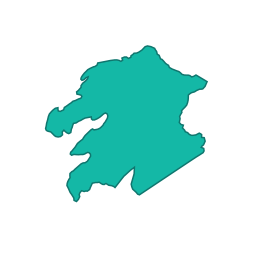 São João de Pirabas, Pará, Brazil (Equal Earth projection), rotated 226°
{"feature_id": "56859067B96544819367141", "entity_name": "São João de Pirabas", "entity_type": "district", "adm_level": 2, "iso_a3": "BRA", "parent_name": "Brazil", "parent_adm1": "Pará", "projection": "equal_earth", "projection_center": [-47.192, -0.774], "detail": "fine", "context": "isolated", "style": "filled", "palette": "teal", "viewbox_px": 256, "rotation_deg": 226, "n_neighbors": 0, "source": "geoboundaries", "source_scale": "gbopen_adm2", "svg_char_len": 3373}
<svg xmlns="http://www.w3.org/2000/svg" viewBox="0 0 256 256"><g transform="rotate(226 128 128)"><path d="M58.1,164.9L58.7,166.8L60.7,168.3L63.2,167.2L63.6,168.8L63.4,170.6L64.9,174.3L68.1,176.1L70.1,174.4L72.1,176.4L73.4,176.2L74.8,175.7L75.9,172.0L77.7,169.5L79.0,168.3L81.2,167.6L83.2,167.7L85.6,166.6L86.9,167.2L90.2,167.2L91.6,169.8L93.7,168.6L96.3,168.7L98.5,171.9L100.4,173.1L101.0,174.7L101.8,177.6L103.2,178.5L103.4,181.0L103.4,183.2L103.7,186.1L104.9,188.5L106.3,190.6L107.7,192.2L109.8,194.3L109.7,196.1L109.3,198.2L107.8,201.0L107.3,203.5L106.2,206.4L105.1,207.6L104.2,208.9L104.4,212.3L105.1,214.0L106.4,217.1L112.7,215.4L118.9,213.7L119.5,211.2L120.5,209.3L122.8,208.9L124.1,208.1L125.9,206.3L127.1,205.2L129.2,204.1L131.2,204.1L133.3,203.8L135.4,202.7L139.8,200.7L142.8,199.8L145.0,200.7L146.2,200.3L148.3,199.9L151.5,200.1L153.8,200.1L155.1,199.4L158.6,200.9L160.8,200.3L163.1,201.7L165.2,202.0L166.8,202.5L170.6,201.0L173.5,199.0L174.6,196.8L174.4,192.1L175.1,188.3L176.0,186.1L177.6,184.3L177.5,182.6L177.9,180.4L176.9,179.1L177.7,176.7L180.1,176.2L181.5,174.8L182.5,172.2L180.5,171.2L180.9,169.2L182.7,168.6L184.7,167.3L186.2,165.7L188.8,162.2L195.8,151.4L194.8,149.6L195.1,147.2L196.0,145.6L196.6,143.9L197.3,141.9L197.9,139.5L197.8,137.4L197.8,134.8L197.4,131.8L196.8,129.5L195.9,128.0L194.3,128.0L193.4,129.7L193.3,132.7L192.5,134.9L191.5,133.1L191.3,129.8L191.7,126.6L191.1,123.7L189.8,122.3L189.7,120.4L189.5,118.3L189.7,116.1L187.8,114.8L186.2,115.9L184.3,117.0L182.8,116.8L182.1,114.7L183.0,113.2L183.7,111.2L184.3,109.3L185.5,107.0L185.6,104.6L186.0,102.5L186.3,100.2L186.6,98.3L187.0,96.5L185.8,94.3L187.0,90.8L188.7,89.7L190.0,90.5L191.3,91.7L192.7,89.4L193.0,86.9L193.0,84.4L192.7,81.2L191.6,78.8L189.8,76.0L188.8,74.3L187.9,72.7L186.3,70.6L184.8,68.3L183.0,67.6L181.7,68.0L180.4,68.7L179.0,69.7L176.6,69.8L174.9,69.8L173.6,69.8L172.1,70.1L170.1,71.5L168.7,73.6L168.6,76.2L170.8,77.9L171.0,80.4L168.9,80.4L166.9,80.7L165.1,81.5L164.5,83.7L165.5,85.1L166.5,86.5L167.3,88.4L168.4,90.2L169.2,92.0L167.7,94.2L167.1,97.3L166.3,99.2L165.8,101.4L165.0,104.0L161.5,109.3L159.9,108.0L158.4,108.1L157.1,109.5L156.1,112.1L155.4,115.1L155.2,117.7L155.1,120.3L154.5,122.2L152.7,122.8L150.8,122.0L149.4,120.0L148.2,115.9L147.9,113.5L147.3,111.8L147.3,108.1L148.0,105.7L148.9,104.2L150.2,102.3L152.0,101.8L152.4,100.0L152.4,97.9L152.4,95.2L152.4,92.0L151.9,89.2L151.4,87.5L151.7,85.2L151.9,82.8L152.0,80.9L150.9,76.4L150.7,74.1L150.4,71.8L150.4,70.0L149.4,68.4L147.6,68.5L146.6,70.7L144.8,72.3L143.2,73.8L141.4,76.0L140.2,77.2L139.4,78.8L139.0,80.5L138.4,82.1L137.0,82.9L135.3,82.8L133.7,81.5L132.9,78.4L132.3,75.7L132.8,73.0L134.1,71.4L134.8,69.3L135.0,64.7L135.2,61.0L135.1,59.1L135.6,57.3L135.6,54.7L134.1,53.1L132.5,51.8L132.1,49.8L131.2,47.3L130.4,45.8L129.0,44.1L127.0,43.5L125.2,42.9L123.4,42.2L121.7,41.6L119.5,41.3L115.3,40.4L113.4,38.9L110.9,39.9L111.1,42.8L112.2,45.6L114.0,46.6L114.9,48.6L115.1,51.1L112.8,52.3L112.0,53.9L110.8,54.9L110.4,57.6L111.4,59.7L113.1,64.0L111.3,66.8L110.2,67.9L109.0,69.6L106.6,70.1L105.1,70.6L103.9,71.6L103.4,73.6L100.2,74.4L97.8,76.2L95.9,77.1L94.2,77.3L95.8,88.6L96.2,91.7L96.1,93.5L96.0,98.1L95.9,100.7L95.3,105.3L90.8,100.6L85.4,91.3L83.1,89.9L80.7,88.9L77.9,89.1L76.1,89.2L73.7,89.0L72.0,89.8L65.9,123.4L61.2,149.2L59.8,156.7L58.9,160.9L58.1,164.9Z" fill="#14b8a6" stroke="#0f766e" stroke-width="1.5"/></g></svg>